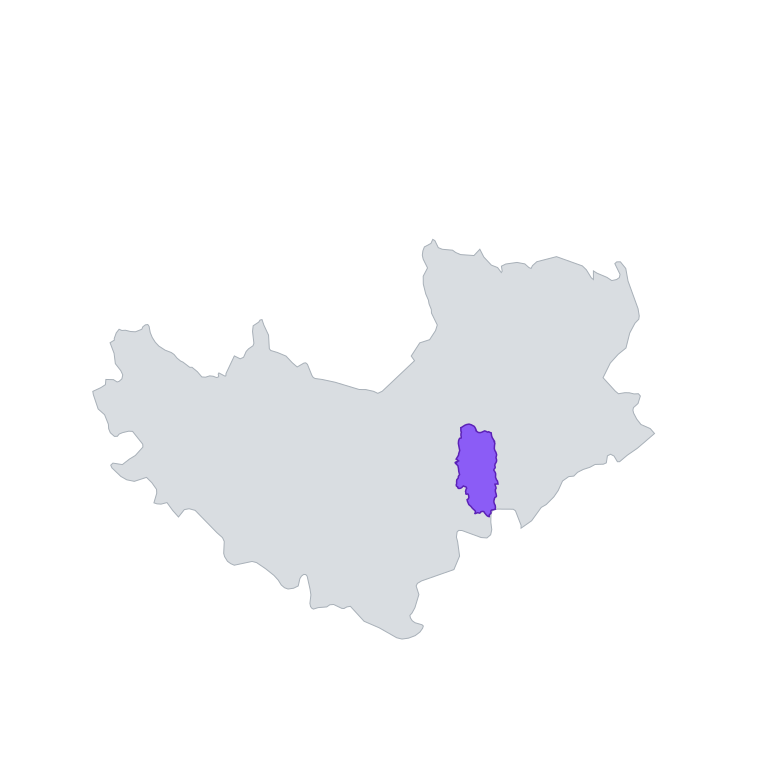 Tougue, Tougué, Guinea (highlighted), rotated 137°
{"feature_id": "49546643B49131951551470", "entity_name": "Tougue", "entity_type": "district", "adm_level": 2, "iso_a3": "GIN", "parent_name": "Guinea", "parent_adm1": "Tougué", "projection": "natural_earth1", "projection_center": [-11.477, 11.51], "detail": "fine", "context": "in_parent", "style": "filled", "palette": "violet", "viewbox_px": 768, "rotation_deg": 137, "n_neighbors": 0, "source": "geoboundaries", "source_scale": "gbopen_adm2", "svg_char_len": 6977}
<svg xmlns="http://www.w3.org/2000/svg" viewBox="0 0 768 768"><g transform="rotate(137 384 384)"><path d="M459.1,502.1L453.8,501.3L451.4,502.5L444.3,512.1L440.0,515.8L433.4,514.7L431.0,515.3L429.3,514.3L431.7,509.0L435.1,498.5L443.8,488.0L444.0,485.8L440.4,479.6L436.6,471.2L436.6,462.2L435.9,455.7L428.2,453.9L426.8,452.8L426.6,450.6L430.9,439.4L431.3,437.1L430.7,435.1L426.0,429.3L418.6,418.7L405.9,396.9L401.1,392.3L396.6,385.7L394.9,381.4L390.2,379.9L345.8,380.2L345.0,385.9L329.8,389.7L320.4,385.3L309.9,387.9L304.8,390.8L300.9,403.5L298.6,406.2L296.4,411.9L294.3,415.1L292.1,421.3L287.1,430.3L281.8,436.1L273.0,439.2L270.2,448.6L268.1,452.1L264.7,454.9L261.0,456.7L253.8,454.8L249.7,456.5L249.0,454.2L251.3,446.7L249.5,442.8L242.6,435.1L241.9,431.3L239.8,426.5L230.6,416.6L222.0,417.2L224.4,408.8L224.4,397.7L221.5,391.7L222.2,385.5L220.6,385.9L217.8,390.1L213.1,388.7L203.8,382.2L199.1,375.8L198.6,370.3L197.6,368.2L194.7,369.3L188.8,369.2L171.0,359.5L158.4,335.1L158.1,329.6L160.0,320.2L159.6,317.6L153.7,323.9L152.6,319.7L148.2,309.9L146.9,304.3L142.7,301.8L139.3,301.3L136.6,303.2L133.1,314.6L130.5,314.6L127.8,312.1L128.4,303.6L135.3,292.9L146.8,265.9L150.9,259.7L153.5,257.6L159.0,257.3L169.5,253.7L182.5,245.3L192.5,246.0L204.2,245.0L219.5,239.2L219.7,221.1L219.2,217.0L213.8,213.4L210.6,210.3L207.9,206.2L204.6,203.4L204.7,200.4L211.5,196.5L217.7,196.6L219.8,195.1L221.3,192.5L223.1,186.0L223.7,179.1L219.7,169.8L219.9,163.3L242.3,164.2L254.7,166.0L264.7,166.5L266.3,168.0L264.9,174.4L266.2,178.1L269.6,179.1L275.2,174.7L278.2,175.7L284.5,181.2L290.3,182.7L296.7,185.7L302.7,187.4L308.0,187.2L312.1,190.3L319.6,191.3L329.2,187.3L336.8,185.6L347.5,185.2L353.1,186.5L369.3,183.3L382.1,185.1L380.1,187.2L374.3,201.7L374.9,204.3L387.9,216.6L391.0,217.5L394.6,215.8L400.1,210.1L404.5,204.0L408.8,201.0L413.7,201.2L417.7,205.5L426.9,223.7L429.3,226.0L431.5,225.9L435.5,222.6L437.6,218.6L446.1,206.6L459.4,200.6L490.9,214.4L495.5,215.4L498.2,214.4L502.1,206.2L514.0,199.3L519.7,197.4L522.9,197.1L524.2,194.9L524.8,191.6L524.1,188.2L520.4,182.0L520.3,180.2L522.4,179.0L526.9,178.1L532.8,178.7L539.4,181.4L544.8,185.2L547.8,189.8L553.8,209.0L560.4,224.1L560.2,244.3L563.2,246.3L566.4,247.1L567.9,248.7L571.2,257.1L574.2,259.5L577.9,260.0L584.7,265.4L589.1,267.5L589.7,269.1L589.5,271.3L587.8,274.1L581.3,279.6L578.0,284.4L571.3,295.8L571.2,298.0L572.6,299.5L575.4,299.8L578.3,299.0L584.5,294.8L589.4,296.3L594.0,299.5L595.7,302.8L596.2,307.1L595.1,312.7L595.0,319.0L596.6,329.7L599.0,340.3L601.5,344.2L617.1,353.6L618.6,357.1L619.4,361.1L618.3,366.5L616.7,369.5L608.2,377.8L606.9,381.8L607.6,389.2L608.3,420.4L611.6,425.7L615.7,428.3L625.0,426.9L624.8,435.5L623.6,445.3L629.0,448.2L631.8,451.2L633.3,454.0L624.7,459.1L622.2,462.1L621.1,470.2L621.4,477.7L633.0,483.1L637.5,489.4L639.5,495.9L640.2,508.2L639.2,511.0L636.2,511.0L630.3,503.5L621.3,502.7L614.6,501.3L603.4,502.3L601.5,504.5L600.2,520.8L602.9,523.6L608.3,526.7L611.8,528.0L614.7,527.6L616.9,529.6L617.4,535.0L615.9,539.0L613.0,542.6L609.3,552.1L610.1,560.7L603.8,574.5L602.0,577.2L593.7,574.5L588.2,573.5L584.3,577.0L578.9,571.7L577.8,567.5L575.9,566.6L572.2,566.5L568.8,568.9L567.4,573.3L566.6,582.1L560.5,590.5L556.2,601.0L551.3,600.0L550.2,601.3L544.9,604.0L540.4,604.7L539.2,601.9L536.5,599.7L533.6,595.3L530.2,591.7L523.8,589.2L521.3,590.3L518.2,590.0L516.2,588.6L516.5,586.4L519.9,581.0L521.8,576.0L522.8,570.5L522.8,565.3L521.0,558.0L518.1,552.1L517.4,548.8L517.7,544.0L517.1,539.5L516.1,537.1L514.7,528.7L513.0,527.1L512.1,520.3L512.4,513.4L509.9,510.7L505.9,508.8L503.6,506.1L502.2,503.1L500.8,502.2L499.6,502.4L498.5,504.3L497.2,504.7L494.9,498.1L494.0,497.9L492.4,499.4L474.3,506.6L472.0,500.5L468.5,499.3L462.6,501.8L459.1,502.1Z" fill="#d9dde1" stroke="#a8b0b8" stroke-width="1"/><path d="M357.6,299.7L359.9,297.1L360.2,296.0L361.3,295.4L362.0,294.7L362.4,294.4L362.8,293.9L363.2,293.2L363.4,292.9L364.0,292.2L364.5,291.9L365.8,292.7L366.6,292.4L367.8,291.9L369.0,290.9L370.2,289.8L371.7,287.4L374.0,283.7L376.9,282.1L378.1,281.1L381.0,280.3L382.0,279.9L382.4,279.9L382.2,279.4L382.1,278.6L381.9,276.9L382.8,277.1L383.7,277.7L385.1,278.0L384.7,276.9L385.8,277.1L385.7,273.8L387.1,271.5L389.0,269.0L390.5,266.2L392.5,265.8L393.6,264.8L394.4,264.5L395.9,264.4L396.6,263.9L397.3,263.3L398.0,262.5L399.2,261.3L400.0,261.0L400.6,260.0L400.4,258.9L400.3,258.2L400.8,257.9L400.7,256.8L400.3,256.4L399.6,255.8L398.6,255.4L397.4,255.2L396.9,255.3L395.5,255.3L395.0,254.1L394.3,253.2L394.3,252.3L394.6,251.4L395.8,251.0L396.9,250.3L397.6,249.9L398.0,249.1L398.7,248.2L399.1,247.9L398.7,247.0L398.1,246.7L397.7,246.4L397.7,245.8L398.3,244.6L399.3,243.2L400.7,242.5L402.1,242.8L402.9,241.5L403.6,239.6L404.2,238.0L403.9,235.2L404.1,233.1L404.0,231.0L403.8,229.5L404.1,228.4L405.0,227.7L405.8,227.3L405.4,226.8L404.3,226.5L403.4,226.1L402.6,225.1L402.1,224.3L401.3,224.2L400.6,224.3L400.2,224.5L399.2,223.9L398.5,223.3L398.0,222.5L398.3,221.4L398.4,219.5L398.5,218.4L398.4,216.9L397.9,215.8L397.6,215.3L397.5,215.2L397.1,215.5L396.7,216.2L396.3,216.4L395.8,216.6L394.4,216.4L393.6,216.8L392.6,218.1L392.0,218.4L391.2,218.4L388.5,216.7L388.0,216.4L387.9,216.6L387.7,217.0L387.1,217.4L386.8,217.6L386.5,217.9L386.3,218.2L386.0,218.6L385.8,218.9L385.5,219.3L385.4,219.6L385.2,220.2L385.2,220.6L385.0,221.0L384.7,221.6L384.5,222.1L384.2,222.6L384.0,222.9L383.6,223.3L383.2,223.6L383.0,223.9L382.6,224.1L382.2,224.2L382.0,224.4L381.9,224.6L381.6,224.8L381.4,224.9L381.2,225.0L380.9,225.1L380.7,225.2L380.4,225.2L380.3,225.4L379.8,225.3L379.5,225.2L379.3,225.1L379.0,225.1L378.6,225.1L378.3,225.3L378.1,225.4L377.9,225.8L377.7,226.0L377.5,226.3L377.3,226.7L377.1,227.0L376.8,227.4L376.7,227.9L376.5,228.2L376.3,228.5L376.1,228.9L376.0,229.2L375.8,229.4L375.4,229.8L375.2,230.1L374.9,230.5L374.6,230.8L374.3,230.9L373.8,231.0L373.5,231.2L373.3,231.2L373.1,231.4L372.9,231.6L372.7,231.9L372.6,232.1L372.4,232.4L372.3,232.8L372.2,233.0L371.9,233.6L371.8,233.9L371.6,234.3L371.3,234.7L371.2,235.0L369.9,234.1L369.3,233.6L368.9,233.1L368.4,233.7L367.2,235.6L367.0,237.3L366.0,239.8L364.3,241.4L363.3,242.6L363.0,243.5L362.6,245.1L362.6,245.3L362.6,245.7L362.5,246.0L362.4,246.2L362.3,246.3L362.0,246.4L361.8,246.5L361.5,246.6L361.2,246.7L360.9,246.7L360.7,246.7L360.3,246.8L360.1,246.9L359.8,247.0L359.4,247.3L359.2,247.7L359.1,247.8L358.9,248.1L358.7,248.7L357.7,249.4L357.5,249.6L357.2,249.8L356.8,249.9L356.2,250.0L355.3,250.3L354.3,250.8L353.4,251.7L352.3,253.8L350.0,255.3L349.5,256.1L348.7,257.8L348.2,260.0L347.3,261.6L345.3,263.5L343.3,265.1L342.7,266.8L342.2,266.8L342.2,267.1L341.9,268.6L341.4,271.0L341.0,271.9L340.6,272.8L338.9,275.2L339.5,276.2L340.0,277.7L341.0,278.0L341.3,278.8L341.7,279.9L342.4,281.1L342.7,281.2L345.7,282.2L346.9,282.9L348.1,284.3L348.5,286.0L348.6,287.0L348.2,287.0L347.4,289.1L347.0,290.7L347.0,291.9L347.5,293.2L347.9,294.5L349.0,296.4L349.2,296.7L351.4,298.1L353.3,298.8L354.8,299.0L355.9,299.3L356.9,299.3L357.6,299.7Z" fill="#8b5cf6" stroke="#5b21b6" stroke-width="1.5"/></g></svg>